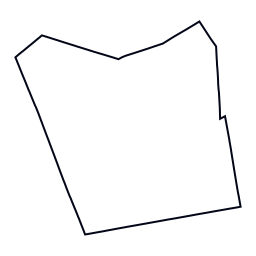 Comuna 6, Ciudad de Buenos Aires, Argentina
{"feature_id": "61730980B491501502306", "entity_name": "Comuna 6", "entity_type": "district", "adm_level": 2, "iso_a3": "ARG", "parent_name": "Argentina", "parent_adm1": "Ciudad de Buenos Aires", "projection": "mercator", "projection_center": [-58.443, -34.617], "detail": "fine", "context": "isolated", "style": "outline", "palette": "ink", "viewbox_px": 256, "rotation_deg": 0, "n_neighbors": 0, "source": "geoboundaries", "source_scale": "gbopen_adm2", "svg_char_len": 1779}
<svg xmlns="http://www.w3.org/2000/svg" viewBox="0 0 256 256"><path d="M35.8,106.9L38.4,113.4L41.7,122.2L43.6,127.3L46.3,134.5L49.3,142.3L49.7,143.5L53.5,153.5L56.9,162.6L60.1,171.3L63.3,179.8L65.1,184.3L66.3,187.6L69.7,196.3L69.8,196.5L70.3,197.4L73.4,205.1L77.0,213.8L78.2,216.9L78.9,218.5L81.8,226.0L82.5,227.7L85.1,234.5L91.9,233.3L99.0,232.0L100.9,231.7L104.7,231.0L106.1,230.7L110.6,229.9L117.4,228.6L119.7,228.2L129.6,226.4L139.3,224.7L146.6,223.4L160.6,220.9L166.5,219.8L175.4,218.3L184.9,216.6L190.5,215.6L196.4,214.5L204.4,213.1L205.7,212.9L214.5,211.3L222.6,209.9L230.5,208.5L231.8,208.3L235.9,207.6L238.6,207.1L240.6,206.7L240.2,204.6L239.3,199.5L239.0,198.1L238.9,197.1L238.0,192.6L237.6,190.4L236.2,182.1L236.0,180.9L234.1,169.3L233.8,167.4L233.2,163.6L232.4,158.7L231.1,150.6L231.1,150.3L230.9,149.1L229.4,140.5L229.2,139.1L227.9,132.0L225.2,117.3L225.0,116.2L220.1,118.8L219.8,107.9L219.5,102.6L218.9,91.8L218.7,90.7L218.3,85.9L218.2,84.3L218.0,78.6L217.7,73.2L217.3,67.6L217.1,66.0L216.9,61.5L216.8,60.2L216.5,54.8L216.1,46.4L210.7,38.8L205.7,31.1L199.4,21.5L196.1,23.5L195.8,23.7L189.2,27.7L188.0,28.4L186.9,29.1L178.8,33.8L177.4,34.6L176.3,35.3L176.1,35.4L175.3,35.8L170.3,38.9L167.0,41.0L162.6,43.7L162.1,43.8L156.8,45.6L155.5,46.0L148.5,48.4L147.6,48.7L139.9,51.2L139.0,51.5L131.5,53.9L125.5,55.8L122.1,57.2L118.5,59.2L113.5,57.6L100.9,53.8L99.4,53.4L93.5,51.6L90.9,50.8L90.3,50.6L88.8,50.1L88.6,50.1L88.4,50.0L85.5,49.1L82.3,48.1L79.8,47.3L76.4,46.3L75.7,46.0L69.9,44.2L63.8,42.3L60.4,41.2L58.6,40.6L53.8,39.1L44.3,36.1L41.9,35.4L39.9,37.1L35.4,40.8L34.5,41.6L29.1,46.0L22.7,51.3L22.1,51.7L18.8,54.4L16.6,56.3L15.4,57.3L18.6,65.2L22.0,73.7L25.6,82.4L28.8,90.4L29.3,91.4L32.1,98.3L35.2,105.8L35.8,106.9Z" fill="none" stroke="#020617" stroke-width="2"/></svg>